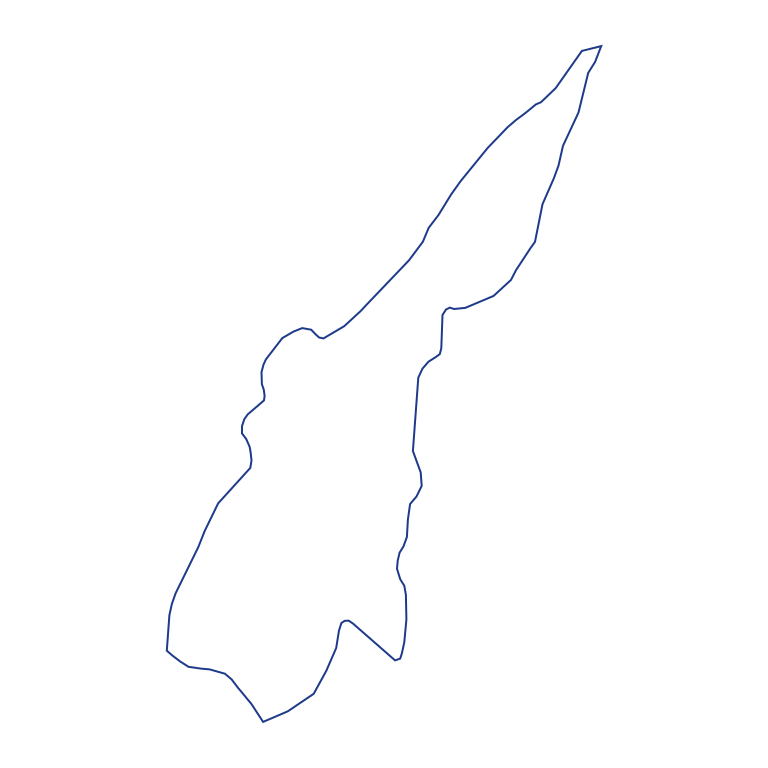 the district of Pueblo Nuevo, Suchitepéquez, Guatemala
{"feature_id": "79465075B83256235526272", "entity_name": "Pueblo Nuevo", "entity_type": "district", "adm_level": 2, "iso_a3": "GTM", "parent_name": "Guatemala", "parent_adm1": "Suchitepéquez", "projection": "equal_earth", "projection_center": [-91.526, 14.668], "detail": "fine", "context": "isolated", "style": "outline", "palette": "blue", "viewbox_px": 768, "rotation_deg": 0, "n_neighbors": 0, "source": "geoboundaries", "source_scale": "gbopen_adm2", "svg_char_len": 1454}
<svg xmlns="http://www.w3.org/2000/svg" viewBox="0 0 768 768"><path d="M263.1,721.9L287.8,711.3L313.7,693.8L326.3,670.8L336.2,648.0L339.0,630.5L341.4,623.0L344.8,620.8L348.7,620.7L352.9,623.5L395.1,660.4L400.2,658.6L401.9,653.2L404.3,642.2L406.4,619.5L405.9,594.9L404.3,585.8L400.2,579.2L397.0,568.7L397.7,560.7L399.6,552.6L403.4,546.6L406.9,537.0L407.9,519.5L410.1,504.0L416.5,496.5L421.7,485.9L420.7,472.4L412.9,451.0L418.3,377.6L422.5,368.6L428.5,361.7L436.3,356.7L439.8,354.1L441.3,348.3L442.5,315.0L445.9,309.6L449.8,307.6L454.0,309.0L465.2,307.9L493.6,295.9L511.0,279.9L516.0,270.2L530.3,248.4L535.0,241.8L542.5,204.2L553.9,178.2L558.5,165.6L563.0,145.8L578.5,112.5L588.2,72.9L595.1,61.9L601.2,46.1L581.9,50.9L555.7,88.1L541.0,102.2L535.9,104.4L525.9,112.6L516.0,120.0L507.7,127.1L487.7,147.9L460.5,181.3L451.1,194.5L438.5,215.0L428.7,227.8L422.9,241.7L409.0,260.3L366.0,305.3L360.7,311.0L344.2,326.2L323.5,338.4L319.1,337.5L315.8,334.5L311.2,329.7L302.2,328.1L293.5,331.6L282.3,338.1L265.9,359.4L263.5,364.6L261.5,372.2L261.9,384.3L263.8,389.7L264.6,395.9L264.0,400.4L247.7,414.4L244.3,419.2L242.0,426.2L242.0,433.4L246.2,439.0L249.6,446.7L250.6,452.2L251.5,460.4L250.3,467.9L218.1,503.4L204.6,531.2L198.3,547.1L175.7,593.1L171.9,603.8L169.4,615.2L166.8,650.7L172.6,655.7L180.2,661.5L188.5,666.8L200.9,668.6L209.7,669.4L224.9,673.7L231.7,679.5L238.0,687.8L242.1,692.7L251.5,704.1L263.1,721.9Z" fill="none" stroke="#1e3a8a" stroke-width="2"/></svg>